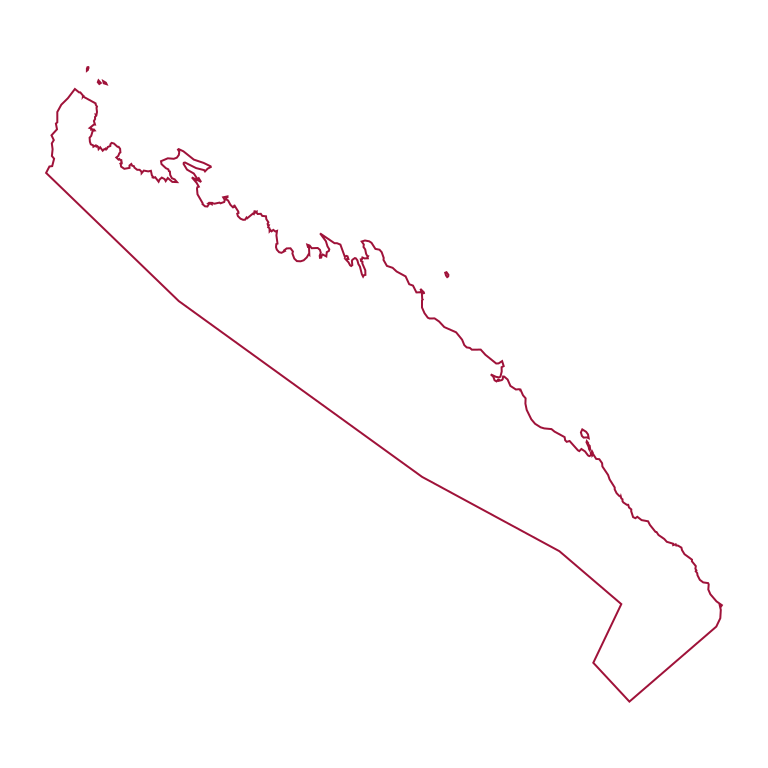 Marigne-Kokota, Isabel, Solomon Islands (Equal Earth projection)
{"feature_id": "97153195B92946274587204", "entity_name": "Marigne-Kokota", "entity_type": "district", "adm_level": 2, "iso_a3": "SLB", "parent_name": "Solomon Islands", "parent_adm1": "Isabel", "projection": "equal_earth", "projection_center": [159.347, -8.097], "detail": "fine", "context": "isolated", "style": "outline", "palette": "rose", "viewbox_px": 768, "rotation_deg": 0, "n_neighbors": 0, "source": "geoboundaries", "source_scale": "gbopen_adm2", "svg_char_len": 6045}
<svg xmlns="http://www.w3.org/2000/svg" viewBox="0 0 768 768"><path d="M629.4,701.6L716.3,626.6L720.3,618.2L720.8,609.9L719.7,605.1L721.1,606.4L721.9,605.2L716.5,601.4L710.4,594.3L708.3,589.5L708.7,584.4L708.1,583.1L703.2,582.4L699.8,579.8L697.5,575.3L697.2,573.1L695.7,571.2L696.4,570.4L695.4,568.7L695.8,566.1L691.9,561.3L692.0,559.7L684.5,554.2L682.0,550.1L681.4,547.6L677.8,545.5L676.2,545.5L675.7,544.3L673.2,545.1L673.1,543.7L666.8,541.8L664.3,539.0L658.5,535.0L656.5,532.0L655.5,531.9L649.9,524.9L648.1,521.3L641.6,520.1L637.3,516.8L635.4,518.2L633.1,517.1L631.2,511.2L631.3,509.4L629.0,507.5L628.2,504.8L626.8,504.8L623.3,502.4L622.5,501.2L622.5,499.3L621.3,498.4L620.8,496.5L620.5,497.4L620.5,496.2L619.2,495.9L616.6,493.2L614.7,489.4L614.7,487.5L609.6,479.4L608.1,475.0L602.4,466.5L602.1,463.2L599.3,459.2L596.2,458.9L593.4,454.5L592.6,455.3L592.8,452.8L591.9,451.1L590.7,453.0L591.3,455.1L589.3,456.1L588.0,455.4L585.0,451.4L581.4,449.0L579.3,451.1L577.9,450.3L569.6,441.0L566.7,441.8L565.2,440.3L564.6,437.1L554.5,431.6L551.5,429.1L544.2,428.4L540.6,427.3L535.1,423.8L531.3,419.3L526.7,409.9L525.4,403.6L525.6,398.3L523.0,395.3L520.8,390.3L520.3,391.3L520.3,389.9L519.2,389.2L515.9,389.5L510.4,385.9L507.6,379.5L504.2,376.6L503.1,376.5L502.7,379.2L501.8,380.1L498.8,380.8L498.9,379.8L498.1,379.6L496.5,381.4L494.6,380.3L493.3,376.7L490.8,374.4L495.9,376.8L499.0,377.4L500.4,376.7L501.7,371.6L501.6,367.2L503.7,366.1L502.1,361.1L498.6,363.4L496.2,363.5L485.4,354.8L480.7,349.6L471.9,349.7L469.8,347.9L466.7,347.4L464.3,345.1L462.1,339.7L456.1,332.3L444.3,327.1L439.1,321.5L434.6,318.4L429.6,318.5L427.8,317.7L424.5,313.2L422.0,307.5L422.0,300.4L422.7,299.5L422.2,298.9L421.8,291.6L422.5,291.3L424.2,293.9L423.8,292.3L420.4,288.9L421.4,291.0L420.6,291.7L420.8,292.3L416.4,292.4L413.0,285.6L409.2,284.2L405.6,276.4L396.6,271.5L392.6,267.8L386.9,265.9L383.5,259.9L383.7,257.9L381.7,252.2L379.5,249.7L375.4,248.9L371.5,242.8L369.2,241.3L365.0,240.5L361.7,241.5L363.8,244.5L363.5,247.0L365.2,249.4L366.1,253.8L367.2,255.9L368.1,256.2L367.5,257.2L367.8,258.3L364.5,258.4L362.4,257.5L361.9,259.4L360.8,259.4L361.1,261.1L362.5,261.9L362.3,263.4L365.3,270.3L365.4,274.9L363.9,275.2L363.1,276.6L361.9,274.3L359.9,266.5L358.4,264.1L357.4,260.4L355.8,258.3L354.8,258.1L352.4,259.8L351.9,260.8L352.3,265.1L351.2,266.0L350.1,265.3L348.5,262.3L345.6,259.2L348.4,259.0L347.5,256.3L346.3,255.9L344.9,257.0L340.4,244.6L337.0,243.2L334.5,243.2L320.1,233.4L325.9,241.2L327.5,246.4L329.3,249.3L328.8,251.0L326.8,252.1L326.3,256.4L322.7,254.5L321.7,255.5L321.2,257.6L320.0,257.8L319.7,255.8L320.8,252.8L319.9,249.8L317.7,248.0L311.7,248.2L309.6,245.5L307.3,244.7L308.0,247.1L309.0,247.3L309.3,254.7L308.7,254.1L306.8,257.4L303.7,260.3L300.6,261.3L296.9,261.1L294.3,258.6L292.4,253.5L292.9,251.5L290.5,248.3L286.7,248.4L284.2,250.3L284.9,251.0L281.5,252.8L279.1,252.2L276.8,249.6L276.0,247.2L276.3,244.1L277.5,243.6L276.4,235.3L277.0,230.9L275.4,231.5L273.3,229.9L271.6,231.3L270.6,230.2L269.6,231.3L269.5,228.3L268.1,227.2L268.9,225.2L267.9,225.0L267.6,223.8L268.4,222.3L266.3,219.1L266.0,216.3L262.2,215.9L260.8,213.8L257.7,214.0L256.7,212.9L256.7,211.7L255.3,212.6L255.2,211.4L254.5,211.3L253.8,214.1L252.9,213.6L247.2,218.3L246.5,217.5L245.1,219.7L243.1,219.8L240.5,218.7L237.9,216.1L237.2,213.7L238.2,212.9L238.6,213.8L238.3,211.6L234.1,204.9L234.4,206.8L233.0,207.4L230.4,204.8L228.1,200.5L226.1,199.3L226.1,197.7L227.5,197.2L227.5,196.4L223.2,197.3L224.8,200.0L224.2,202.0L220.5,203.3L219.5,202.6L214.5,203.7L211.8,203.0L211.8,204.3L211.0,203.9L211.5,202.9L209.1,202.8L208.5,203.3L210.3,203.6L209.2,203.7L207.4,206.5L205.0,206.3L202.5,204.1L202.7,203.3L197.5,194.3L197.0,188.7L197.3,187.3L198.8,186.7L196.7,183.0L191.9,177.4L195.9,179.4L196.9,178.2L193.8,173.5L187.0,169.6L183.6,164.0L183.8,162.8L185.0,162.5L196.1,168.1L204.1,170.1L205.0,171.4L207.7,168.6L210.8,167.0L210.6,166.3L203.6,162.9L193.8,159.6L183.4,151.3L178.7,149.1L178.0,149.6L179.3,151.8L178.8,155.0L176.8,157.7L173.8,158.8L167.8,158.3L161.0,161.2L161.5,164.1L165.9,168.2L168.3,169.3L168.9,171.1L169.9,171.5L170.2,175.0L171.9,178.2L174.7,179.4L177.0,182.1L172.3,181.9L167.8,178.0L165.7,181.1L164.6,179.1L161.8,177.6L159.6,179.5L158.6,181.7L155.2,177.2L154.0,177.7L153.2,177.0L152.5,178.2L152.7,176.4L151.9,175.4L150.9,170.8L148.3,171.4L143.8,170.6L141.6,173.2L141.5,171.7L139.6,169.8L137.2,169.8L134.4,167.6L133.9,166.2L132.2,165.7L131.3,164.0L129.5,165.5L129.5,167.9L124.3,168.8L121.1,166.6L120.7,164.2L121.3,163.8L120.6,163.4L121.7,162.4L121.3,160.2L120.6,160.4L119.4,159.0L118.5,159.6L116.3,157.5L118.3,155.9L119.3,153.3L120.4,152.4L120.1,148.8L118.6,146.8L117.5,146.8L113.9,143.5L111.6,142.9L110.4,144.3L110.3,146.0L107.8,147.0L106.9,148.7L105.9,148.5L105.8,149.5L104.3,149.1L102.7,150.7L100.2,147.3L98.6,149.1L98.2,147.0L97.3,146.1L96.4,146.6L95.8,145.4L93.4,146.7L93.2,145.4L90.8,144.3L89.9,141.7L89.6,137.7L91.2,135.9L92.7,130.8L94.7,130.5L93.9,129.5L91.2,129.6L91.4,128.6L89.7,128.0L93.8,124.6L95.0,124.6L93.9,121.0L95.1,119.0L95.0,117.0L96.2,115.7L95.7,114.5L96.5,114.6L97.0,112.0L96.5,107.8L97.0,106.7L95.7,104.6L95.6,103.4L83.6,96.8L83.8,95.4L82.9,96.6L83.0,95.6L80.3,92.4L79.1,92.4L74.9,89.0L67.9,98.2L61.3,104.7L57.3,112.0L57.3,122.3L55.9,123.6L57.0,129.3L51.5,135.3L53.8,140.1L51.8,143.4L52.6,149.2L51.9,156.0L54.1,158.7L52.2,166.1L49.4,166.5L46.1,172.9L178.8,301.1L422.1,476.9L559.4,551.2L621.3,604.1L593.3,662.8L629.4,701.6ZM588.7,438.2L588.0,434.4L586.1,431.8L582.3,429.4L580.9,432.4L581.9,435.9L583.6,437.6L587.0,437.4L588.7,438.2ZM448.4,274.8L446.5,272.2L445.2,272.7L446.0,275.5L447.2,277.1L448.2,276.4L448.4,274.8ZM590.2,449.3L589.7,445.8L587.9,444.1L588.2,443.1L586.8,441.2L586.5,442.3L588.7,447.0L589.1,449.2L589.7,450.2L590.2,449.3ZM201.1,182.0L198.7,178.1L196.3,179.9L195.6,179.6L196.1,180.2L198.1,180.3L201.1,182.0ZM100.8,83.0L98.5,80.4L97.8,82.2L99.3,84.0L100.8,83.0ZM106.6,84.2L105.9,82.7L103.2,81.1L103.8,83.3L106.6,84.2ZM87.9,69.9L88.4,67.1L88.0,66.4L88.3,67.3L87.5,67.2L86.9,68.6L86.9,70.7L87.9,69.9Z" fill="none" stroke="#9f1239" stroke-width="2"/></svg>